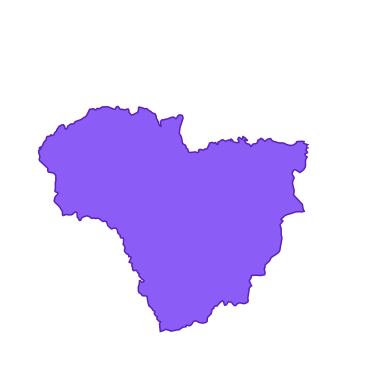 the Region of Smolensk, rotated 240°
{"feature_id": "RUS-2343", "entity_name": "Smolensk", "entity_type": "Region", "adm_level": 1, "iso_a3": "RUS", "parent_name": "Russia", "parent_adm1": "", "projection": "albers", "projection_center": [33.375, 54.744], "detail": "fine", "context": "isolated", "style": "filled", "palette": "violet", "viewbox_px": 384, "rotation_deg": 240, "n_neighbors": 0, "source": "natural_earth", "source_scale": "10m", "svg_char_len": 5983}
<svg xmlns="http://www.w3.org/2000/svg" viewBox="0 0 384 384"><g transform="rotate(240 192 192)"><path d="M81.1,164.5L82.4,164.1L82.5,162.3L82.0,160.0L80.8,156.8L80.9,156.1L81.4,155.5L81.7,154.5L81.6,154.0L81.2,153.2L80.3,152.7L80.2,152.3L80.5,151.4L80.4,151.0L79.8,150.2L77.4,148.2L76.7,147.0L75.9,143.5L75.3,142.4L72.5,140.5L72.1,139.3L72.3,137.6L73.1,135.8L75.0,133.3L78.3,131.1L79.0,130.0L79.0,128.2L77.6,125.7L77.2,124.0L77.6,122.5L79.0,121.4L79.4,120.3L78.3,119.6L79.5,116.4L79.3,112.9L79.0,112.3L80.1,110.0L81.7,104.8L82.7,103.6L83.9,103.0L84.9,101.7L86.0,101.0L86.2,100.4L86.4,97.2L87.0,94.8L94.2,98.0L95.1,99.8L95.4,99.8L96.2,98.9L99.3,98.1L100.4,98.6L101.0,99.5L103.0,98.7L105.4,98.5L106.0,98.7L106.5,99.7L107.6,99.9L108.9,99.1L111.6,99.0L115.1,97.7L120.6,99.4L123.9,100.9L125.1,100.1L126.6,97.6L127.5,97.1L129.4,96.9L131.3,95.8L132.1,95.8L133.1,96.1L136.6,98.0L138.6,100.3L141.5,102.2L141.1,102.9L139.3,103.3L138.8,103.7L138.6,104.3L138.5,105.1L138.9,106.0L139.5,106.2L141.6,105.0L143.9,104.7L144.7,104.2L146.1,104.2L147.7,105.3L148.7,104.7L151.6,104.8L152.1,104.4L153.0,102.2L154.4,101.7L156.3,102.8L158.3,103.0L160.1,104.4L160.8,104.2L161.8,103.0L162.8,102.5L165.7,106.7L166.3,106.7L166.9,106.2L167.5,104.9L169.4,105.7L171.2,104.4L173.9,103.9L174.6,104.0L176.0,104.8L176.7,106.0L179.6,106.6L180.8,106.1L181.3,106.3L182.5,107.4L186.0,109.5L186.7,109.2L187.5,107.8L188.0,107.4L188.6,107.3L190.3,108.1L193.6,107.3L196.9,108.4L197.9,108.3L199.3,107.3L199.8,106.1L200.0,104.5L200.3,103.8L201.0,103.4L204.9,102.3L208.7,103.0L209.5,102.7L210.4,101.9L210.5,101.2L211.1,100.0L215.7,98.1L216.2,97.5L217.5,94.9L218.6,94.0L219.0,93.0L219.0,92.4L219.9,91.6L222.6,90.4L223.7,89.2L224.3,87.8L224.8,84.8L224.7,83.8L223.2,81.3L223.7,80.2L225.5,80.4L227.7,80.1L231.3,81.9L232.5,81.7L232.9,81.0L233.0,79.9L232.4,77.5L232.6,76.1L233.4,74.5L235.7,71.2L235.8,69.1L236.1,68.6L237.0,68.4L239.9,70.0L245.6,69.9L251.8,68.1L252.8,68.1L253.6,68.4L256.0,70.8L256.4,71.5L257.4,74.9L258.3,75.4L260.9,73.6L262.1,74.2L263.4,75.5L268.3,78.2L270.2,80.0L274.4,82.3L277.0,82.0L277.7,81.5L281.1,77.6L282.7,77.7L284.5,79.0L295.2,75.7L296.4,75.8L298.9,78.1L302.7,78.9L304.4,79.8L304.8,80.5L305.0,82.7L305.4,83.0L306.2,81.9L306.5,81.8L306.7,82.3L306.5,84.6L306.7,85.5L308.8,88.0L309.6,89.8L310.0,91.6L311.4,92.7L312.4,93.9L312.4,94.7L311.5,96.6L311.6,97.4L312.1,98.3L312.0,98.6L310.7,99.3L310.5,100.2L310.7,101.2L311.9,102.5L312.7,105.4L313.7,106.3L314.6,108.5L315.2,109.4L315.3,110.0L315.2,112.8L314.5,114.3L312.6,114.5L310.4,113.8L309.6,114.2L309.3,115.0L309.3,115.4L310.3,116.2L311.1,117.5L311.5,120.5L311.3,121.6L310.6,122.6L310.2,123.8L311.1,125.3L311.3,126.3L310.3,131.5L310.2,132.5L310.6,135.7L310.3,136.8L311.0,139.1L314.8,144.7L313.5,148.1L313.1,148.5L312.2,148.7L311.3,149.3L311.2,149.7L311.6,150.5L311.8,151.4L311.4,152.5L310.2,153.2L310.6,155.2L310.4,157.1L308.3,161.0L307.6,162.0L302.4,166.1L302.2,166.8L303.5,169.0L303.3,170.5L302.8,170.8L299.2,171.3L298.4,173.2L297.0,174.3L296.0,177.9L295.5,178.4L293.7,178.0L292.9,177.3L289.7,177.8L288.7,178.4L288.4,180.3L288.4,182.2L288.0,184.5L290.0,186.9L291.7,187.7L292.0,188.1L291.9,188.8L291.2,189.4L290.6,190.3L287.9,192.5L287.1,194.1L286.5,194.7L283.9,195.5L282.6,196.5L280.7,197.0L277.8,199.2L275.9,199.0L273.8,198.0L270.3,198.0L267.6,197.2L265.4,197.3L264.5,197.8L264.9,198.2L268.6,199.7L269.0,200.5L269.5,202.2L268.6,203.6L268.4,205.2L267.7,206.6L266.9,211.7L266.2,213.4L263.6,214.7L263.8,215.8L265.0,218.0L265.2,219.1L264.9,220.0L263.8,221.3L263.0,221.9L260.4,221.2L254.2,214.2L250.2,211.0L248.4,210.1L247.0,210.5L244.0,210.0L238.7,208.1L235.7,209.7L234.5,209.6L233.3,208.9L231.5,209.7L228.5,209.1L227.8,209.4L226.8,210.9L225.1,214.9L223.4,216.3L223.1,217.1L223.7,218.1L224.8,218.4L225.1,219.7L224.8,220.4L222.7,222.7L222.6,223.5L222.8,224.8L222.0,226.0L222.0,226.7L224.3,230.2L225.6,231.6L225.1,233.9L224.5,234.6L223.6,235.1L223.2,236.7L222.9,237.2L221.4,237.2L220.4,237.8L220.3,238.1L220.6,238.6L221.8,239.0L222.1,239.4L222.0,241.7L222.2,243.2L222.1,244.5L221.4,245.2L219.4,246.2L219.1,247.0L218.9,249.5L218.4,250.2L217.1,251.0L218.3,251.8L218.3,252.3L216.3,253.1L215.0,252.8L214.5,253.0L212.4,255.4L211.6,257.0L211.7,257.6L212.1,258.0L214.4,257.9L215.4,258.7L215.8,260.1L212.7,261.6L212.9,262.3L213.9,263.0L214.5,263.9L212.2,265.1L209.1,265.9L208.9,265.7L208.9,265.4L210.6,263.5L210.6,263.1L207.5,263.2L206.1,264.0L204.7,265.6L201.9,265.8L201.8,266.3L202.8,267.9L203.0,268.9L201.9,271.8L201.9,272.6L202.3,273.4L203.8,274.9L203.9,275.6L203.6,276.9L203.8,277.1L204.1,278.1L203.9,278.7L202.5,279.6L200.7,280.0L199.6,280.6L199.5,281.0L200.0,283.8L199.2,286.5L198.6,286.9L196.8,287.0L195.4,287.7L191.3,291.6L188.6,295.8L185.7,297.8L183.9,299.5L182.6,301.6L182.1,302.7L182.2,306.2L182.4,306.9L183.2,307.6L183.0,308.6L180.9,312.7L179.6,314.3L178.7,313.3L177.9,313.3L175.1,315.9L174.9,314.8L174.3,314.1L173.5,313.7L172.4,314.3L172.5,313.6L171.5,311.4L169.1,312.0L168.5,311.8L168.2,310.8L168.7,309.0L166.9,308.4L166.0,308.6L165.1,309.3L164.6,309.1L163.4,306.8L162.1,305.8L157.9,303.4L156.6,302.0L155.6,300.1L155.1,297.5L155.0,295.1L159.5,292.7L159.9,292.0L160.1,291.3L159.9,290.6L158.5,288.5L157.5,287.8L156.3,287.6L153.6,287.7L152.8,287.2L151.1,284.8L149.2,283.3L142.3,281.3L139.1,278.9L137.9,278.6L126.2,281.4L121.6,279.7L119.2,279.6L119.8,277.3L122.0,273.8L123.0,271.5L124.0,266.2L124.7,264.1L124.9,262.1L125.2,261.3L124.0,255.6L123.6,255.3L121.9,256.3L121.2,256.0L120.0,252.5L119.4,251.7L115.6,250.9L111.1,248.2L107.0,246.8L97.3,238.6L96.5,237.1L96.0,234.5L95.8,229.0L95.5,227.5L93.6,224.7L92.5,219.9L91.6,218.0L90.0,217.5L89.5,216.2L85.5,214.9L84.0,213.6L85.4,209.6L88.3,205.3L89.9,201.8L87.9,200.0L86.7,197.3L82.2,196.7L81.0,196.8L80.8,195.1L80.1,193.6L72.1,187.2L69.9,186.4L69.1,185.7L68.7,184.2L69.1,181.6L70.2,180.0L71.5,178.8L72.4,177.3L72.5,175.0L72.0,173.6L71.9,172.6L73.2,171.6L76.5,171.1L77.5,170.4L78.6,168.6L78.4,167.5L77.6,166.5L77.1,164.9L77.5,163.8L78.6,163.7L81.1,164.5Z" fill="#8b5cf6" stroke="#5b21b6" stroke-width="1.5"/></g></svg>